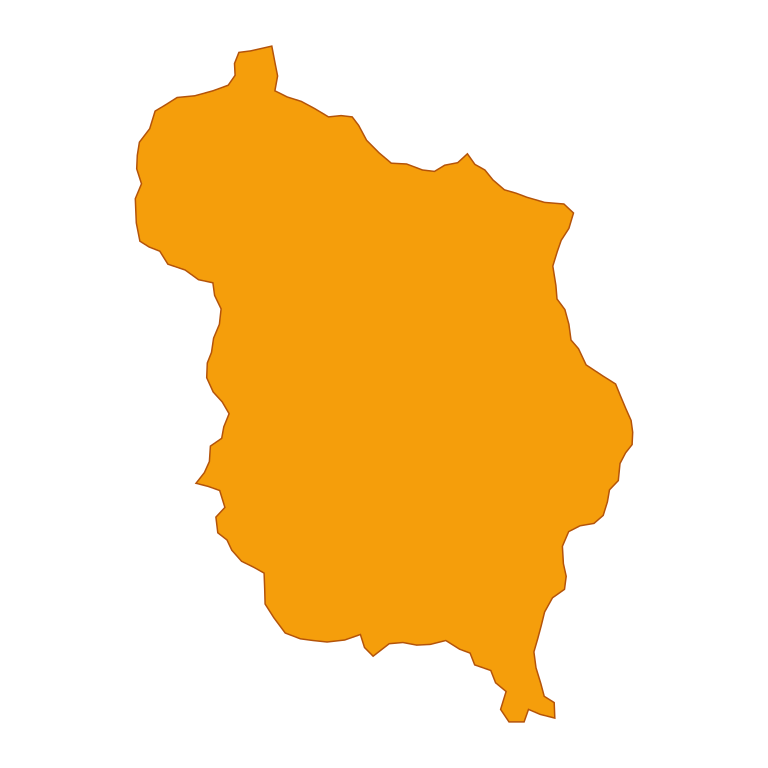 the district of Sericita, Minas Gerais, Brazil
{"feature_id": "56859067B8747364501961", "entity_name": "Sericita", "entity_type": "district", "adm_level": 2, "iso_a3": "BRA", "parent_name": "Brazil", "parent_adm1": "Minas Gerais", "projection": "robinson", "projection_center": [-42.459, -20.494], "detail": "fine", "context": "isolated", "style": "filled", "palette": "amber", "viewbox_px": 768, "rotation_deg": 0, "n_neighbors": 0, "source": "geoboundaries", "source_scale": "gbopen_adm2", "svg_char_len": 1906}
<svg xmlns="http://www.w3.org/2000/svg" viewBox="0 0 768 768"><path d="M155.1,111.1L149.7,128.7L139.4,142.2L137.3,155.3L136.7,168.8L141.5,183.8L135.3,198.7L136.3,222.9L139.9,241.2L149.1,247.0L159.8,251.2L167.9,264.2L185.1,270.0L198.5,279.7L212.9,282.8L214.6,295.4L221.1,308.9L219.4,324.3L213.6,338.1L211.5,352.4L207.3,363.0L206.7,377.7L213.2,392.0L222.2,401.9L229.1,413.7L223.8,426.8L221.7,438.3L210.4,446.1L209.4,461.5L204.4,472.6L196.0,483.3L208.1,486.4L219.7,490.5L224.9,507.4L215.9,517.1L217.8,532.8L227.0,540.0L231.8,550.2L241.6,561.3L253.8,567.3L264.1,573.1L264.7,589.1L265.1,604.0L273.9,617.8L285.2,633.0L300.3,638.8L313.0,640.5L327.1,642.0L344.7,640.0L360.4,634.5L364.5,647.5L373.1,656.2L389.2,643.7L402.9,642.5L416.7,645.1L430.3,644.4L445.8,640.5L459.6,649.2L470.1,653.1L474.7,664.9L490.8,670.5L495.6,682.8L506.1,691.5L500.6,709.4L509.0,721.9L524.1,721.9L528.5,709.4L540.2,714.4L554.8,718.1L554.2,702.6L544.2,696.3L540.8,683.5L536.0,667.8L533.9,651.9L537.7,638.8L541.2,625.8L544.6,612.0L552.5,597.8L564.5,589.3L566.2,576.3L563.4,563.7L562.4,546.3L568.7,531.6L580.0,525.8L594.0,523.4L603.2,515.4L607.4,501.9L609.5,489.8L618.3,480.6L620.0,463.5L625.6,452.8L632.1,444.6L632.7,432.3L631.1,420.5L625.8,408.6L620.4,395.8L615.6,384.0L602.6,375.8L586.1,364.9L578.5,348.7L571.0,340.0L568.9,324.3L564.9,309.6L557.0,299.0L555.9,285.5L552.8,266.1L557.4,251.2L561.2,240.3L568.9,228.4L573.5,213.0L563.9,204.0L544.6,202.4L527.0,197.3L516.1,193.2L504.4,189.8L492.9,179.9L484.9,170.0L474.9,164.4L467.4,153.8L457.7,162.7L444.7,165.2L434.5,171.4L422.5,170.0L406.6,164.0L391.3,163.2L379.0,152.8L366.6,140.3L358.7,125.5L352.2,116.9L341.1,115.6L328.5,116.9L314.7,108.6L301.3,101.4L287.3,97.0L274.9,90.8L277.6,76.0L274.9,62.3L271.8,46.1L261.3,48.5L250.6,50.9L238.9,52.4L234.5,63.5L235.1,75.3L228.2,85.2L212.9,90.8L194.7,95.8L177.1,97.5L166.4,104.3L155.1,111.1Z" fill="#f59e0b" stroke="#b45309" stroke-width="1.5"/></svg>